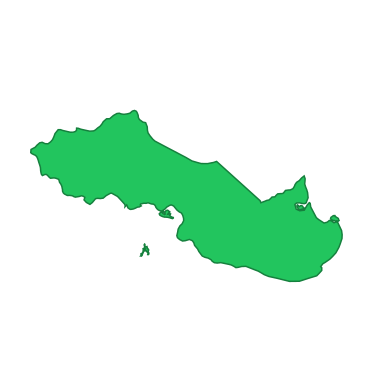 Lahad Datu, Sabah, Malaysia, rotated 41°
{"feature_id": "92858781B71459572065664", "entity_name": "Lahad Datu", "entity_type": "district", "adm_level": 2, "iso_a3": "MYS", "parent_name": "Malaysia", "parent_adm1": "Sabah", "projection": "equal_earth", "projection_center": [118.4, 5.123], "detail": "fine", "context": "isolated", "style": "filled", "palette": "green", "viewbox_px": 384, "rotation_deg": 41, "n_neighbors": 0, "source": "geoboundaries", "source_scale": "gbopen_adm2", "svg_char_len": 5990}
<svg xmlns="http://www.w3.org/2000/svg" viewBox="0 0 384 384"><g transform="rotate(41 192 192)"><path d="M87.9,272.1L90.4,273.3L90.8,273.7L92.2,274.8L93.0,275.4L93.6,276.2L95.4,277.1L97.0,277.2L100.2,276.4L101.9,274.8L104.2,273.3L105.9,273.0L107.3,272.4L109.8,269.4L111.0,267.4L112.6,266.6L114.6,266.3L115.2,267.6L115.7,268.8L117.5,269.0L119.1,269.2L123.1,268.3L123.7,265.4L123.6,260.3L125.0,258.6L127.0,257.2L129.0,254.9L129.6,251.0L131.2,246.6L132.1,245.6L138.7,244.2L142.6,244.6L146.1,245.0L149.2,245.4L150.6,246.2L151.1,247.0L151.2,244.6L154.1,246.0L156.3,245.8L157.1,245.4L157.9,244.5L159.0,243.1L159.9,241.3L160.8,239.1L162.0,237.9L162.8,235.8L161.4,235.7L161.1,234.8L163.0,232.1L164.7,230.7L166.0,228.9L167.6,228.3L169.1,227.7L171.0,226.4L173.0,226.3L174.7,227.2L176.3,227.6L178.0,227.7L179.8,227.3L181.6,226.3L182.2,224.5L182.8,222.4L182.8,220.1L183.8,217.0L184.7,215.4L187.3,214.6L192.5,215.5L195.3,215.4L197.9,214.8L200.5,215.8L202.9,217.4L204.5,219.1L205.4,222.5L205.1,225.4L205.9,229.1L207.4,231.5L209.2,234.9L211.0,236.0L213.8,236.0L217.0,235.2L218.9,233.1L221.2,229.5L224.3,228.5L226.8,229.2L229.0,230.6L233.6,231.3L236.2,232.4L241.7,233.6L244.6,232.8L247.5,231.3L250.8,230.6L252.6,231.0L255.2,230.7L257.6,229.1L260.1,226.4L267.3,222.4L269.5,221.3L272.4,220.6L274.7,220.3L276.1,218.8L278.3,215.7L281.5,212.7L290.0,209.7L293.8,208.3L297.1,207.6L300.7,207.0L305.3,205.4L312.8,201.3L324.2,195.5L331.6,188.9L336.4,180.9L341.1,173.4L341.3,170.3L341.4,166.1L339.6,164.0L338.1,163.9L337.8,160.3L338.6,158.0L340.1,152.2L340.4,148.3L340.5,143.6L339.2,137.5L337.8,133.7L335.7,128.7L333.3,125.7L330.2,123.0L322.0,119.4L320.5,119.9L319.3,122.1L315.9,122.4L314.3,123.4L313.9,126.0L312.0,128.8L305.7,129.7L302.7,129.8L295.2,126.9L291.4,125.4L288.6,123.0L287.5,123.1L287.5,126.1L288.0,129.0L288.7,132.1L287.3,133.6L285.6,135.5L281.9,136.6L277.8,133.9L278.1,131.8L280.1,129.8L283.4,127.9L284.5,127.0L285.2,125.8L285.1,124.6L284.7,123.9L283.4,120.2L279.6,116.6L276.9,114.9L274.5,113.7L271.8,112.0L270.3,109.9L268.7,107.8L266.1,106.3L265.5,109.6L265.5,113.0L264.6,116.1L264.9,118.8L265.6,120.7L266.0,123.3L264.8,126.0L263.4,127.3L261.5,129.5L261.7,133.0L260.9,134.2L259.6,135.4L257.9,137.2L257.7,139.1L257.7,141.3L255.7,143.3L255.6,145.5L255.3,147.6L254.0,149.2L253.0,151.3L251.0,154.9L249.1,153.9L190.5,152.8L188.8,155.7L187.2,157.7L185.2,160.3L180.3,164.5L176.8,166.2L171.6,168.6L164.4,170.0L144.1,174.8L134.6,177.0L130.7,177.9L127.8,177.9L123.2,177.1L120.0,176.2L117.8,174.6L115.5,172.2L111.5,170.1L109.0,171.5L104.7,171.8L102.7,171.0L101.0,169.4L98.7,168.2L97.1,167.6L95.1,168.2L93.9,170.1L93.4,173.3L91.9,175.5L89.7,178.0L87.6,179.4L85.4,180.3L83.8,182.1L82.5,185.8L81.8,190.7L79.5,192.8L78.9,197.0L79.4,199.7L79.5,202.7L78.8,205.5L78.4,208.5L77.7,210.4L75.0,213.1L72.9,214.3L70.9,215.4L66.8,217.6L64.4,218.5L63.0,219.5L64.4,221.3L64.2,223.0L63.1,224.8L61.0,226.7L54.0,230.4L51.9,231.2L50.1,232.8L50.3,237.8L51.5,240.9L52.4,244.0L52.4,247.0L51.7,250.1L49.4,251.9L46.3,252.8L44.8,254.8L44.4,257.7L44.3,258.2L44.3,261.1L42.6,265.5L44.5,268.1L45.9,268.1L47.9,267.6L49.5,267.1L51.4,267.1L53.3,267.9L55.1,268.9L56.6,269.9L60.3,272.1L61.7,273.1L63.9,275.3L65.5,276.6L66.9,277.5L68.3,277.7L69.3,275.6L70.3,274.4L71.9,274.2L74.3,274.5L76.1,274.5L78.7,271.8L80.3,270.9L83.1,269.9L84.4,270.7L85.7,271.6L87.9,272.1ZM188.4,221.6L188.0,221.4L187.1,221.8L186.0,221.6L185.3,221.9L184.7,222.9L184.6,223.9L184.9,225.0L185.2,225.6L185.9,225.9L186.3,226.4L186.0,227.1L185.3,227.0L184.3,227.4L183.9,227.3L183.7,226.8L183.7,225.3L183.2,225.2L183.0,226.4L182.5,227.2L181.7,228.0L181.6,228.9L181.6,230.0L183.1,230.6L184.0,230.4L185.8,229.9L187.7,229.0L188.8,228.1L190.0,227.2L192.0,226.1L193.7,225.4L194.8,224.8L195.0,223.9L194.6,223.5L193.6,224.0L192.7,224.3L191.5,224.4L190.6,224.6L190.4,223.2L190.2,222.6L189.3,222.9L189.0,224.0L188.3,224.8L188.1,223.7L188.1,222.5L188.4,221.6ZM320.6,116.5L319.8,116.0L319.0,116.0L318.3,116.2L317.1,116.3L316.1,116.6L315.4,116.0L314.6,116.6L314.1,117.4L313.9,118.2L313.8,119.0L313.5,119.8L313.8,120.8L314.2,121.4L315.1,121.4L316.7,121.0L317.7,120.6L318.1,120.1L318.9,119.9L319.7,119.6L320.1,118.8L321.1,118.3L321.6,117.9L321.7,117.0L321.1,116.8L320.6,116.5ZM285.9,130.6L285.0,130.2L284.4,130.2L283.5,130.4L282.9,131.1L282.7,132.2L282.4,132.8L281.9,132.8L281.3,132.5L280.7,132.5L280.1,132.5L280.0,133.2L280.5,133.7L281.0,134.1L281.8,134.5L282.8,134.8L283.7,135.0L284.6,135.1L285.3,134.5L285.6,133.8L286.1,133.1L286.3,132.6L286.9,132.2L287.6,131.8L287.4,130.3L287.0,130.6L286.5,130.8L285.9,130.6ZM191.9,263.5L191.4,263.3L190.9,262.9L190.8,262.4L190.4,262.4L190.5,262.8L190.6,263.1L190.6,263.4L191.0,263.6L191.6,263.8L191.9,264.0L192.1,264.3L192.2,264.7L192.6,264.9L192.9,265.0L192.8,265.5L192.8,265.9L192.7,266.3L192.4,266.5L192.3,267.0L192.7,267.1L192.8,267.3L192.9,267.9L193.0,267.4L193.0,267.0L193.5,266.8L193.8,266.5L193.9,266.1L193.8,265.7L194.2,265.4L194.4,265.8L194.4,266.2L194.7,266.5L194.5,266.8L194.3,267.0L194.2,267.2L194.3,267.5L194.3,268.0L194.0,268.3L193.8,268.5L194.0,268.6L194.3,268.4L194.5,268.2L194.7,267.7L194.8,267.5L195.1,267.4L195.2,267.1L195.3,266.9L195.8,266.5L196.1,266.4L196.5,266.7L196.8,266.7L197.2,266.8L197.6,266.5L197.8,266.2L198.2,266.1L198.4,266.4L198.2,266.8L198.4,266.9L198.7,266.8L199.2,267.0L199.5,267.2L199.4,267.9L199.6,268.3L200.0,268.1L200.2,267.6L200.0,267.0L199.7,266.6L199.4,266.3L199.2,266.2L198.8,266.2L198.5,266.1L198.0,265.7L197.8,265.3L197.6,264.8L197.4,264.3L197.2,264.1L196.8,264.3L196.4,264.1L196.1,263.7L195.5,263.7L195.1,263.6L194.4,263.1L194.0,262.9L193.8,262.7L193.3,263.4L193.0,263.6L192.6,263.7L191.9,263.5ZM195.5,273.8L195.8,273.7L195.9,273.2L195.9,272.7L195.8,272.1L195.6,271.8L195.3,271.4L195.2,270.8L195.1,270.5L195.0,270.0L194.9,269.5L194.7,269.2L194.4,269.1L194.3,269.3L194.2,269.7L194.5,270.1L194.7,270.4L194.7,270.7L194.5,271.1L194.3,271.4L194.1,271.8L194.0,272.1L194.2,272.4L194.5,272.5L194.8,272.8L195.1,273.3L195.2,273.5L195.2,274.0L195.5,273.8Z" fill="#22c55e" stroke="#15803d" stroke-width="1.5"/></g></svg>